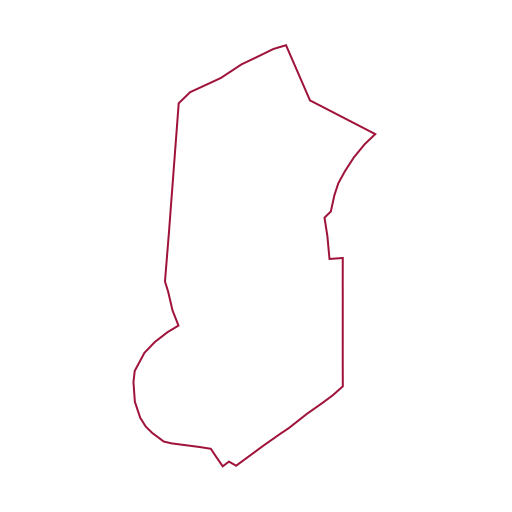 Tuol Kouk, Phnom Penh, Cambodia, rotated 8°
{"feature_id": "14789045B87565610199894", "entity_name": "Tuol Kouk", "entity_type": "district", "adm_level": 2, "iso_a3": "KHM", "parent_name": "Cambodia", "parent_adm1": "Phnom Penh", "projection": "mercator", "projection_center": [104.898, 11.57], "detail": "fine", "context": "isolated", "style": "outline", "palette": "rose", "viewbox_px": 512, "rotation_deg": 8, "n_neighbors": 0, "source": "geoboundaries", "source_scale": "gbopen_adm2", "svg_char_len": 806}
<svg xmlns="http://www.w3.org/2000/svg" viewBox="0 0 512 512"><g transform="rotate(8 256 256)"><path d="M360.1,373.0L356.1,345.1L349.9,300.8L347.1,280.8L345.9,272.6L342.2,245.9L329.2,248.7L323.9,226.3L318.5,208.5L323.9,201.5L325.2,184.7L327.4,172.5L332.2,159.8L339.2,144.7L348.1,130.1L357.1,118.7L287.8,94.4L256.4,43.1L244.5,48.5L232.4,56.7L214.9,68.3L196.4,84.6L168.0,102.9L158.2,115.5L166.5,244.6L169.4,293.9L174.0,303.6L180.8,321.3L188.9,335.7L179.1,343.6L167.8,355.2L159.0,367.4L151.9,386.7L152.2,398.0L156.3,417.1L163.9,432.4L170.6,440.3L177.9,445.7L190.5,452.6L198.4,453.3L226.7,453.0L238.1,453.2L243.5,459.3L252.3,468.9L257.8,463.4L265.5,466.4L276.4,455.8L289.9,442.6L304.0,429.4L312.6,421.7L328.6,405.0L342.3,392.2L351.6,383.0L360.1,373.0Z" fill="none" stroke="#9f1239" stroke-width="2"/></g></svg>